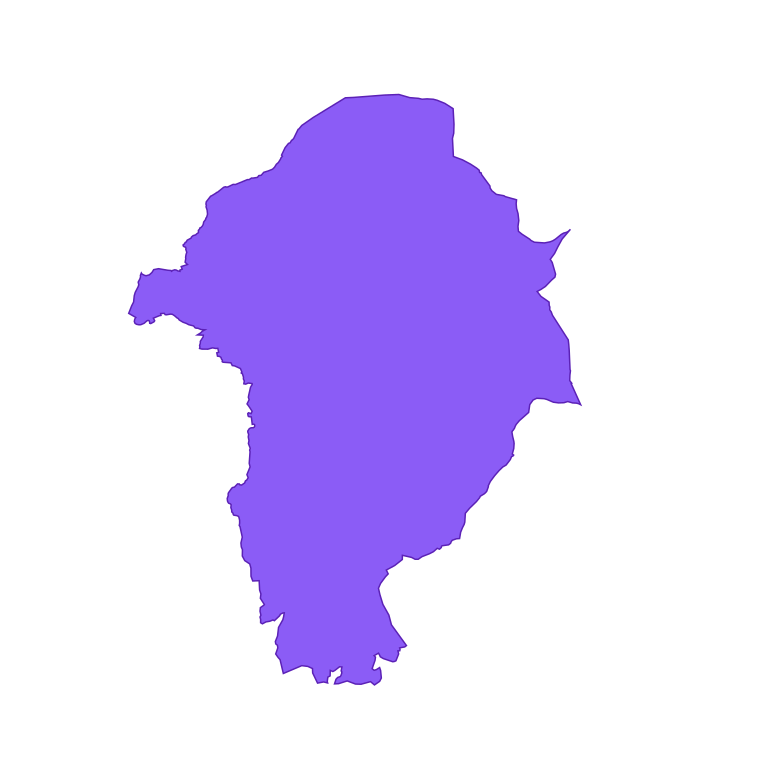 outline of Arieseni, Alba, Romania, rotated 163°
{"feature_id": "2599482B47449436193929", "entity_name": "Arieseni", "entity_type": "district", "adm_level": 2, "iso_a3": "ROU", "parent_name": "Romania", "parent_adm1": "Alba", "projection": "robinson", "projection_center": [22.749, 46.504], "detail": "fine", "context": "isolated", "style": "filled", "palette": "violet", "viewbox_px": 768, "rotation_deg": 163, "n_neighbors": 0, "source": "geoboundaries", "source_scale": "gbopen_adm2", "svg_char_len": 6170}
<svg xmlns="http://www.w3.org/2000/svg" viewBox="0 0 768 768"><g transform="rotate(163 384 384)"><path d="M337.3,669.0L373.7,659.6L387.0,655.3L390.8,652.8L391.7,652.6L398.6,645.2L400.3,644.2L401.1,644.1L403.3,642.1L405.0,642.0L409.5,638.9L415.1,632.8L414.6,631.5L416.5,630.3L417.0,629.5L420.2,626.7L422.7,625.6L425.3,623.3L427.8,622.0L432.5,621.6L437.1,621.6L440.4,619.5L442.8,619.9L444.6,618.6L449.0,619.2L450.5,619.7L453.2,618.9L454.9,619.4L467.7,618.2L469.9,619.0L475.8,618.1L477.4,618.5L478.0,619.0L479.8,619.0L487.3,616.0L488.3,616.1L488.7,615.7L493.8,614.4L494.9,614.3L500.7,610.2L501.7,608.1L501.6,607.0L502.4,605.4L502.3,602.1L503.1,598.0L504.8,595.4L505.9,594.6L506.5,593.5L509.1,591.6L510.2,589.5L511.6,588.1L513.4,587.1L514.4,587.1L515.2,586.0L516.6,585.2L517.2,583.0L519.4,582.3L520.4,581.7L523.2,581.7L525.2,580.8L525.9,579.9L530.1,579.1L531.7,577.6L532.7,577.5L534.0,576.3L535.5,575.7L535.6,574.6L534.9,573.6L533.7,572.8L533.8,571.4L534.2,570.6L534.1,567.6L535.4,565.8L536.7,563.2L536.9,561.9L538.6,558.6L537.0,555.7L543.6,555.6L543.4,552.8L545.9,552.6L546.2,551.4L548.2,552.5L549.2,553.6L550.7,554.4L552.9,554.4L554.2,553.9L554.5,554.8L557.5,556.0L565.9,560.2L570.8,560.7L573.3,558.5L576.5,557.0L579.9,557.1L581.3,558.0L583.3,559.9L583.6,561.1L585.2,559.1L585.6,557.5L586.8,555.8L589.3,553.3L589.5,550.6L590.6,549.0L595.1,544.4L597.0,541.5L599.5,535.6L602.5,532.5L607.5,526.2L601.9,520.2L603.4,518.9L604.5,516.8L604.4,514.9L603.3,513.5L601.1,512.3L599.3,511.8L595.6,512.2L592.3,513.7L591.1,513.8L590.1,513.2L590.0,511.9L590.3,510.6L589.4,510.0L585.8,510.7L584.8,511.5L585.3,514.4L579.0,515.0L577.2,514.8L577.0,516.7L573.5,515.8L573.0,514.3L571.9,513.8L567.9,513.3L566.1,512.6L564.4,510.6L562.6,507.7L561.7,506.9L561.1,505.1L558.1,501.8L555.4,499.8L553.4,497.8L549.1,495.2L548.3,493.1L547.5,492.4L545.6,491.7L543.1,489.6L539.4,488.2L542.3,487.6L544.6,486.4L548.1,485.5L542.5,483.5L543.2,481.9L547.2,478.5L547.7,476.8L549.1,474.7L549.2,473.2L550.0,471.9L547.9,470.6L542.2,468.8L537.4,468.7L534.6,467.2L532.5,466.7L532.8,462.7L534.8,462.7L535.1,459.3L533.3,458.5L532.1,457.1L532.2,455.7L531.6,453.9L532.2,452.7L531.6,451.9L524.2,449.0L523.7,446.0L521.6,445.0L516.8,440.8L516.4,436.9L517.3,436.3L516.4,435.1L516.4,431.6L517.0,429.9L516.7,427.8L518.0,425.2L516.3,424.3L513.5,424.6L510.0,423.0L510.1,422.2L512.6,419.9L516.5,413.1L517.6,411.0L517.6,408.4L520.8,405.0L519.8,402.3L518.1,396.5L519.7,394.6L522.0,396.1L523.0,395.5L523.3,393.1L522.8,392.3L520.5,391.3L521.8,383.9L520.3,383.7L519.7,383.0L519.9,381.6L520.6,380.7L521.7,380.4L524.0,381.0L525.8,380.7L528.0,378.9L528.3,377.9L528.2,375.3L529.3,373.1L529.7,369.3L531.1,366.7L530.7,361.6L531.8,360.1L531.9,358.4L536.1,347.5L536.3,343.9L541.6,337.4L541.3,334.1L543.2,332.4L544.9,331.8L546.2,330.1L549.8,329.0L551.5,329.9L551.6,330.7L553.3,331.3L557.2,329.1L558.7,329.3L559.9,329.0L564.5,325.5L565.2,324.5L565.6,322.8L567.4,320.4L567.9,317.8L567.7,316.2L567.3,315.3L565.9,314.3L565.5,313.2L566.6,310.5L566.5,308.2L567.0,306.2L566.2,304.6L566.3,303.1L565.9,302.4L563.3,301.2L562.0,300.1L561.7,299.2L561.9,296.0L562.8,293.0L563.8,291.0L563.4,289.7L564.3,279.0L567.3,273.8L568.1,269.9L567.8,267.0L569.8,260.9L568.8,255.8L565.0,251.2L565.1,246.8L567.4,239.0L567.1,234.0L560.9,232.4L563.2,223.3L563.1,219.2L564.9,215.2L562.9,208.1L563.6,207.6L567.6,206.3L569.0,203.0L569.3,198.9L570.7,197.4L570.8,194.9L571.8,191.8L570.4,190.2L566.4,191.0L562.6,190.5L559.2,190.8L558.0,189.7L551.4,193.0L550.5,194.1L547.7,194.6L546.3,194.3L548.1,190.7L549.7,188.1L556.0,182.1L559.5,174.1L563.2,169.5L563.5,167.1L562.3,165.3L562.7,162.7L566.5,157.5L565.2,153.4L564.0,150.8L564.9,136.6L545.0,138.7L539.4,136.2L535.6,132.8L536.7,128.5L535.0,117.4L528.8,116.7L525.3,114.6L525.2,116.2L523.4,120.1L520.9,120.6L519.1,125.8L517.0,124.0L514.9,124.4L509.1,126.6L507.0,125.7L508.9,122.1L508.5,121.6L508.9,119.9L510.4,117.8L511.4,117.0L514.1,116.9L516.2,115.7L519.0,111.7L515.1,110.7L506.0,110.8L499.0,105.4L493.7,103.6L483.9,103.3L481.1,99.0L475.1,100.9L472.5,103.6L471.0,111.0L471.1,114.1L474.8,113.1L477.1,113.1L478.6,115.2L473.4,122.3L472.0,125.3L472.9,127.1L468.0,128.2L467.5,126.2L467.3,124.2L464.9,121.6L456.8,115.8L455.0,115.6L453.5,115.8L448.9,121.6L448.7,124.7L446.9,124.3L446.3,125.4L446.2,127.1L441.0,126.5L439.0,127.3L447.3,151.5L446.9,161.6L449.5,173.6L449.5,183.8L449.0,190.3L445.6,194.3L439.0,199.2L435.5,201.2L436.2,205.4L426.8,207.3L417.8,210.8L416.5,214.8L408.3,210.1L405.5,207.3L402.5,206.4L398.1,207.8L390.1,208.4L385.7,209.2L381.2,211.3L379.2,209.8L377.0,210.9L376.4,212.1L375.6,212.3L369.2,211.3L366.9,212.2L365.9,213.5L364.5,214.6L360.0,214.8L356.9,214.1L354.0,219.9L351.0,223.6L348.4,226.3L347.1,228.3L344.0,236.6L338.4,240.2L330.0,244.5L325.7,247.4L324.8,248.5L320.1,249.7L318.3,250.6L317.1,251.4L314.2,255.3L314.1,256.1L310.8,259.7L305.1,263.9L299.2,267.6L294.7,269.9L290.9,270.8L285.3,274.8L283.2,277.3L281.8,277.4L280.8,278.1L281.8,279.5L278.8,284.3L277.0,289.0L276.6,291.2L276.3,296.3L275.7,300.7L274.7,301.7L273.9,302.1L272.1,303.6L270.9,305.2L269.4,306.7L265.2,309.4L254.0,314.5L250.6,321.7L246.1,325.1L242.1,325.7L235.1,323.1L232.6,321.5L227.4,317.1L222.6,314.9L217.4,313.5L213.4,313.5L209.1,310.7L205.7,309.5L203.7,308.3L202.0,306.7L204.9,329.6L204.2,329.8L205.4,333.0L203.6,338.2L201.8,342.2L201.9,343.3L197.0,362.2L195.7,368.0L194.9,372.3L202.8,400.5L203.0,404.1L203.8,406.5L202.9,409.1L203.0,410.9L202.2,414.1L208.3,421.9L210.5,427.7L206.1,428.6L201.1,430.1L193.5,434.3L189.3,436.2L187.8,438.9L187.6,451.1L188.6,454.6L182.7,459.0L177.6,464.4L171.3,470.5L160.5,477.4L163.1,476.1L165.1,475.7L168.1,475.8L170.8,475.2L177.7,472.4L180.8,471.6L183.7,471.4L189.3,472.0L198.7,475.6L201.4,478.2L202.4,480.0L208.2,486.9L210.8,490.7L209.8,495.5L207.3,500.9L206.0,507.8L205.9,513.1L204.9,517.8L203.4,521.4L213.2,527.7L214.3,529.0L221.1,532.5L224.3,537.2L225.2,540.3L224.8,542.4L229.4,555.5L229.5,557.7L230.7,558.3L230.5,560.7L232.4,563.5L237.0,569.0L243.4,575.4L251.1,581.3L246.7,598.9L244.0,603.4L241.1,612.0L237.4,627.1L243.8,634.6L250.2,639.8L253.6,641.9L259.5,644.1L264.3,645.2L267.5,647.1L275.6,650.3L285.1,656.5L299.2,660.2L329.1,666.9L337.3,669.0Z" fill="#8b5cf6" stroke="#5b21b6" stroke-width="1.5"/></g></svg>